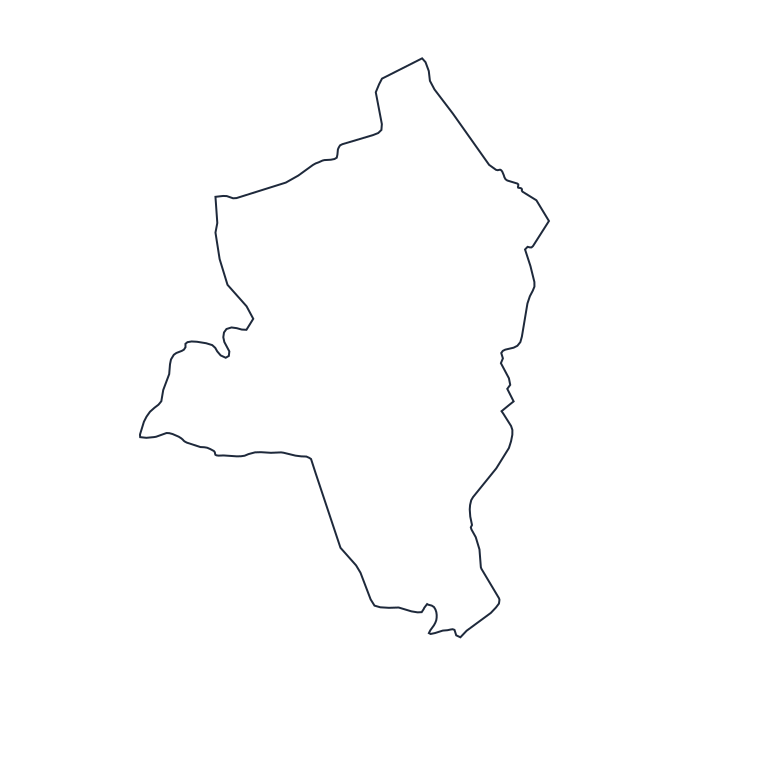 map outline of Wasit (Natural Earth projection), rotated 235°
{"feature_id": "IRQ-3227", "entity_name": "Wasit", "entity_type": "Province", "adm_level": 1, "iso_a3": "IRQ", "parent_name": "Iraq", "parent_adm1": "", "projection": "natural_earth1", "projection_center": [45.642, 32.719], "detail": "fine", "context": "isolated", "style": "outline", "palette": "slate", "viewbox_px": 768, "rotation_deg": 235, "n_neighbors": 0, "source": "natural_earth", "source_scale": "10m", "svg_char_len": 2914}
<svg xmlns="http://www.w3.org/2000/svg" viewBox="0 0 768 768"><g transform="rotate(235 384 384)"><path d="M480.3,153.8L481.2,154.3L481.9,154.7L482.7,155.3L490.8,165.7L493.5,170.8L495.5,176.4L496.2,182.4L496.4,187.4L497.6,191.7L505.7,199.7L515.3,213.7L523.0,220.1L526.3,223.6L528.5,228.6L528.5,231.7L527.1,237.4L526.9,239.8L528.0,242.5L530.8,244.4L531.0,247.0L529.2,250.8L525.9,255.0L519.4,261.7L514.4,265.6L510.4,266.5L506.4,266.1L501.1,266.6L496.3,269.4L496.0,273.0L499.4,276.0L510.0,277.3L514.5,279.2L518.0,282.5L519.4,286.5L517.8,291.5L514.2,295.4L510.2,298.7L507.3,302.4L512.4,314.3L526.5,316.0L555.0,312.7L580.6,321.0L604.7,332.8L611.5,339.8L634.0,353.3L630.3,360.1L628.1,363.0L622.7,366.9L620.9,369.8L605.3,419.1L603.9,433.3L604.2,451.3L603.9,454.5L603.1,457.5L602.3,461.8L601.6,463.6L598.2,469.1L596.7,472.5L596.5,475.1L598.6,477.4L602.6,480.8L603.7,482.6L604.7,484.9L604.3,487.5L594.2,517.8L592.9,523.2L593.6,527.6L598.1,531.3L627.7,544.6L632.4,552.0L635.3,557.5L628.9,602.0L623.8,602.6L614.7,600.2L606.0,595.5L596.3,594.3L566.1,595.5L503.2,595.8L495.2,598.6L493.9,599.8L493.0,602.0L491.9,602.6L490.2,602.7L486.4,601.9L484.2,601.2L482.0,601.0L480.0,601.7L471.7,608.2L470.5,608.5L469.3,607.6L468.7,606.8L468.0,606.5L467.4,606.9L466.3,608.1L465.4,608.7L464.4,608.7L463.3,607.8L462.0,607.8L447.1,614.2L422.9,612.6L411.5,585.1L411.3,583.2L412.2,581.9L414.0,580.3L413.3,576.7L396.6,571.6L381.3,565.7L377.5,563.1L375.1,559.4L372.2,553.8L367.7,547.7L343.7,524.1L340.1,519.7L338.8,515.2L339.4,511.0L342.6,503.0L343.0,500.3L342.1,497.8L336.8,496.1L334.0,491.7L317.0,489.6L310.9,486.9L309.3,482.2L295.4,480.2L295.0,474.0L294.3,464.7L291.2,464.7L276.7,464.0L272.7,462.8L268.8,460.0L264.2,455.2L259.9,449.6L250.5,427.6L240.3,392.1L238.8,388.8L235.5,385.1L232.1,382.3L225.9,378.6L218.0,375.2L216.8,372.9L214.7,372.2L205.9,371.3L193.7,367.3L178.3,358.2L176.7,357.8L142.5,355.3L141.0,354.8L139.9,353.8L138.2,352.2L136.7,347.5L135.2,340.2L134.5,310.2L132.7,301.3L136.7,299.0L142.1,300.7L142.8,300.3L143.8,299.5L144.7,297.7L145.9,294.8L148.3,290.7L150.7,283.0L152.5,278.8L154.2,277.9L155.7,280.7L157.7,286.5L159.0,289.1L160.5,291.3L162.4,293.1L164.6,294.7L167.1,296.0L169.8,296.8L172.6,297.0L175.1,296.0L177.9,293.6L179.0,293.1L177.6,288.7L176.8,287.3L175.5,284.0L177.7,280.5L182.0,276.1L192.5,267.8L197.8,259.7L203.2,252.9L207.9,249.1L215.2,249.5L242.9,256.5L251.4,257.1L274.8,254.4L350.4,276.9L364.4,281.2L366.4,280.4L369.1,278.8L372.2,274.7L376.1,270.4L385.3,262.3L387.0,260.5L392.5,251.9L398.8,244.0L402.0,239.1L404.3,232.8L405.2,228.7L406.8,225.5L409.1,222.0L417.5,211.6L420.2,207.4L421.6,205.9L422.7,205.3L423.7,205.6L424.7,206.1L425.6,206.3L426.7,206.2L430.3,204.4L433.2,202.6L435.2,200.6L437.7,197.4L449.0,188.9L450.9,187.9L452.4,187.4L453.7,187.3L455.7,186.8L458.6,185.6L464.3,182.1L466.9,179.9L468.6,177.7L471.5,167.1L472.4,165.2L476.2,158.5L480.3,153.8Z" fill="none" stroke="#1e293b" stroke-width="2"/></g></svg>